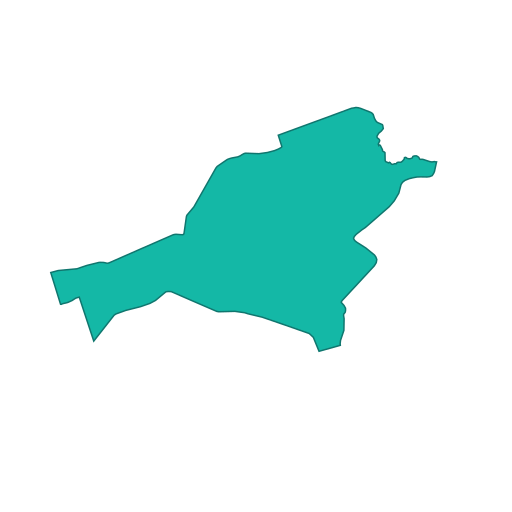 SVG path tracing the border of Upper Nile, rotated 252°
{"feature_id": "SDS-869", "entity_name": "Upper Nile", "entity_type": "State", "adm_level": 1, "iso_a3": "SSD", "parent_name": "South Sudan", "parent_adm1": "", "projection": "equal_earth", "projection_center": [32.959, 10.08], "detail": "fine", "context": "isolated", "style": "filled", "palette": "teal", "viewbox_px": 512, "rotation_deg": 252, "n_neighbors": 0, "source": "natural_earth", "source_scale": "10m", "svg_char_len": 2863}
<svg xmlns="http://www.w3.org/2000/svg" viewBox="0 0 512 512"><g transform="rotate(252 256 256)"><path d="M366.6,394.8L366.4,396.9L365.4,399.1L364.0,401.2L357.1,409.6L355.7,410.7L354.4,411.2L350.4,411.2L348.0,411.6L346.8,412.0L345.7,412.6L345.0,413.3L342.1,416.6L341.8,416.8L341.0,416.9L337.8,416.4L336.1,413.8L334.8,410.6L332.6,408.1L331.1,407.8L330.1,408.4L329.1,409.1L327.8,409.4L326.7,408.8L325.7,407.7L324.5,406.8L323.1,406.9L323.5,407.6L323.4,407.9L322.8,408.4L318.1,409.1L317.2,408.9L316.6,408.9L316.1,409.3L315.1,410.3L314.4,410.6L306.8,408.3L305.6,408.6L303.6,410.9L303.7,411.3L303.9,411.9L303.3,412.5L302.3,412.8L301.3,413.4L301.0,414.1L300.9,414.8L300.9,416.4L300.8,416.8L300.5,417.5L300.4,418.0L300.6,418.3L301.2,418.9L301.3,419.2L301.2,420.3L300.6,422.1L300.4,422.8L300.7,423.9L301.1,424.8L301.6,425.6L302.1,426.6L302.8,427.1L303.7,427.6L303.6,428.8L303.1,429.3L302.5,429.6L301.9,430.3L301.3,431.3L301.0,432.2L300.9,433.1L300.9,434.4L301.1,435.0L302.1,435.9L302.3,436.4L302.1,438.2L301.6,439.6L300.7,440.5L299.5,441.3L297.4,441.7L297.1,442.2L296.9,443.0L296.6,444.0L296.2,444.8L292.2,450.3L291.3,451.9L291.0,452.8L290.7,454.8L290.3,455.5L290.0,455.9L289.7,456.8L281.3,451.9L279.7,450.5L278.0,448.4L277.8,445.8L278.3,443.1L280.4,437.0L281.4,433.4L281.9,429.5L282.2,425.7L281.9,421.1L280.8,418.1L279.1,416.0L271.7,411.3L265.7,404.5L261.7,397.9L249.3,368.8L248.1,364.6L245.6,357.9L244.2,355.6L242.8,354.3L241.5,354.3L239.8,354.9L238.1,356.0L229.6,363.0L220.3,369.0L218.0,369.7L215.3,369.8L212.5,368.3L210.1,365.5L187.0,324.1L186.1,323.1L185.7,322.8L185.2,322.8L185.0,323.0L181.8,324.4L178.7,325.0L177.6,324.7L176.2,324.2L174.9,323.4L174.4,322.7L173.7,321.5L172.3,320.9L169.1,320.4L158.1,316.6L149.6,310.3L146.5,308.9L145.0,308.6L145.9,286.5L160.9,285.4L165.8,282.7L180.9,262.9L195.9,243.0L203.6,230.4L205.5,227.8L209.9,218.8L214.5,203.3L215.4,201.6L231.8,183.0L248.3,164.4L249.4,161.5L249.8,159.2L244.8,146.7L243.7,140.4L243.5,130.6L244.5,115.4L244.2,105.8L244.1,104.7L243.7,103.3L243.5,102.7L225.2,75.4L248.4,75.3L271.5,75.2L271.6,72.9L271.6,71.7L271.4,70.6L270.5,67.4L270.0,63.0L270.0,61.8L270.1,60.6L270.3,58.4L270.4,57.2L270.3,56.6L270.2,56.0L270.3,55.6L270.5,55.2L303.7,55.7L303.3,63.4L299.2,81.6L299.3,92.4L298.4,104.8L298.1,105.8L297.2,108.5L296.4,110.1L295.5,111.5L295.2,112.1L294.9,113.0L294.9,114.4L298.4,149.1L301.8,183.9L301.6,185.7L301.3,186.8L299.5,191.2L299.0,192.6L298.9,193.7L299.7,194.5L315.0,202.0L315.7,202.5L316.3,203.1L321.9,212.1L337.0,228.6L352.1,245.1L353.2,246.8L356.3,257.2L356.7,258.7L356.8,261.2L356.7,263.2L355.9,269.4L356.2,272.2L356.7,274.0L357.1,276.2L357.1,276.8L357.1,277.4L356.8,278.4L352.4,290.4L350.9,298.9L350.5,306.1L350.8,310.3L351.3,313.0L351.5,313.6L351.7,314.0L351.9,314.3L352.1,314.4L364.0,314.5L364.9,338.0L365.9,365.2L367.0,392.5L366.6,394.8Z" fill="#14b8a6" stroke="#0f766e" stroke-width="1.5"/></g></svg>